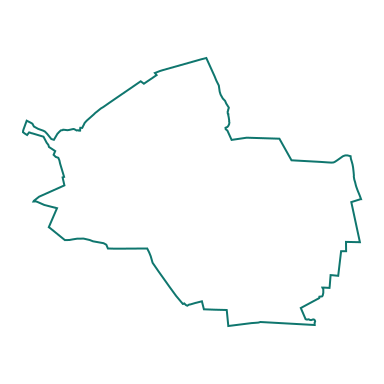 Girov, Neamt, Romania (Natural Earth projection)
{"feature_id": "2599482B5829792853228", "entity_name": "Girov", "entity_type": "district", "adm_level": 2, "iso_a3": "ROU", "parent_name": "Romania", "parent_adm1": "Neamt", "projection": "natural_earth1", "projection_center": [26.486, 46.949], "detail": "fine", "context": "isolated", "style": "outline", "palette": "teal", "viewbox_px": 384, "rotation_deg": 0, "n_neighbors": 0, "source": "geoboundaries", "source_scale": "gbopen_adm2", "svg_char_len": 3024}
<svg xmlns="http://www.w3.org/2000/svg" viewBox="0 0 384 384"><path d="M302.0,324.3L314.7,325.0L314.6,322.7L315.1,321.7L315.1,321.1L314.7,320.2L314.3,319.7L313.3,319.4L312.5,319.6L311.5,320.0L311.0,320.1L309.9,319.9L309.1,319.5L308.7,319.3L308.2,319.4L307.7,319.5L306.9,319.6L306.1,319.3L305.6,319.2L300.8,308.0L319.2,298.1L319.2,297.8L319.4,296.7L320.1,296.6L321.3,296.5L322.2,296.3L322.7,295.5L323.1,293.7L323.3,292.9L323.3,289.1L322.6,288.1L322.4,287.6L324.1,287.6L329.5,287.9L329.7,286.3L330.6,275.1L332.1,275.2L338.2,275.8L341.1,251.2L346.1,251.2L346.0,241.9L359.9,242.2L351.3,202.1L360.8,199.1L361.0,199.1L360.3,197.1L359.5,195.0L358.3,192.1L357.6,190.4L356.4,187.1L355.9,185.5L355.1,182.2L354.3,179.6L353.8,176.6L353.9,175.5L353.6,172.1L353.1,167.6L352.5,164.3L351.6,161.1L350.9,158.8L350.7,157.4L350.6,156.2L347.4,155.4L345.4,155.4L344.3,155.7L343.6,156.0L342.8,156.3L339.6,158.6L336.9,160.5L334.9,161.8L334.1,162.2L333.6,162.4L333.1,162.5L331.2,162.6L327.7,162.4L320.4,161.9L291.5,160.3L279.4,138.7L246.7,137.7L231.6,139.9L227.4,130.6L226.8,130.1L225.7,129.2L225.5,127.8L226.3,127.4L227.4,127.0L228.3,125.9L229.1,124.2L229.4,122.5L229.1,121.3L229.2,120.7L228.9,118.5L228.7,117.2L228.3,115.3L228.4,114.9L228.3,114.1L228.0,114.1L227.7,113.2L227.7,111.4L227.9,111.2L228.0,110.7L228.3,109.7L228.2,109.5L228.8,108.0L228.8,107.6L226.2,103.5L225.1,100.9L222.8,98.5L220.6,94.6L219.7,91.7L218.8,85.5L216.3,80.5L214.6,76.3L206.3,58.0L200.9,59.4L162.9,70.1L160.0,71.0L154.9,73.0L156.6,75.1L143.9,83.7L140.7,81.3L117.5,97.2L109.2,102.9L103.9,106.6L102.7,107.4L101.1,108.3L99.7,109.4L98.1,110.7L96.5,112.0L95.8,112.5L95.0,113.2L94.4,113.8L93.7,114.5L93.0,115.1L86.9,120.5L85.3,122.2L84.5,123.2L83.6,125.2L82.9,126.4L82.7,127.0L82.2,127.9L80.3,127.8L80.2,128.4L80.1,130.6L79.7,130.6L79.0,130.7L78.6,130.4L78.0,130.2L76.7,130.5L74.3,129.2L73.3,129.0L68.9,130.0L67.3,130.2L66.0,130.0L63.1,129.7L62.7,130.1L60.8,130.4L58.6,132.5L58.1,133.2L57.6,133.5L53.9,139.8L51.3,139.0L48.4,135.4L47.2,133.9L45.0,131.6L43.3,130.7L40.2,129.6L38.0,128.8L36.4,127.9L33.9,126.5L32.4,123.7L30.5,122.6L26.7,120.7L23.5,129.5L23.1,130.9L23.0,132.2L23.6,132.6L24.4,133.3L27.1,135.0L29.1,132.4L30.0,132.6L31.4,133.2L32.1,133.3L34.5,134.0L43.5,136.7L46.7,142.8L48.3,144.8L49.0,147.0L55.2,151.1L53.6,154.8L55.7,156.9L58.3,157.8L59.4,160.4L60.1,163.6L64.1,176.9L62.6,177.4L64.4,185.4L39.1,196.7L33.8,200.9L33.5,201.5L35.9,201.4L37.6,202.0L44.4,205.0L57.0,208.2L48.8,227.2L50.2,228.2L59.7,235.9L64.9,240.1L69.4,240.0L72.6,239.4L77.0,238.7L83.6,238.6L89.7,240.0L93.0,241.3L103.6,243.2L106.3,244.7L106.6,245.4L107.9,248.5L115.5,248.7L147.2,248.5L147.8,249.7L149.2,252.5L150.7,256.2L152.6,262.8L158.6,271.5L168.0,284.7L169.7,287.1L176.1,295.9L181.3,302.1L182.9,304.0L183.0,304.0L184.2,303.4L186.0,305.1L186.6,305.4L187.3,305.7L187.6,305.5L189.1,304.6L190.5,304.4L195.9,302.8L196.1,302.8L201.9,301.3L203.9,309.3L214.7,309.7L226.7,310.0L226.8,310.6L228.3,326.0L251.5,323.1L258.3,322.6L260.4,322.0L302.0,324.3Z" fill="none" stroke="#0f766e" stroke-width="2"/></svg>